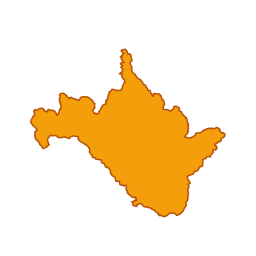 the district of Mongmit, Shan, Myanmar, rotated 287°
{"feature_id": "60261553B47927244306480", "entity_name": "Mongmit", "entity_type": "district", "adm_level": 2, "iso_a3": "MMR", "parent_name": "Myanmar", "parent_adm1": "Shan", "projection": "natural_earth1", "projection_center": [96.697, 23.526], "detail": "fine", "context": "isolated", "style": "filled", "palette": "amber", "viewbox_px": 256, "rotation_deg": 287, "n_neighbors": 0, "source": "geoboundaries", "source_scale": "gbopen_adm2", "svg_char_len": 5855}
<svg xmlns="http://www.w3.org/2000/svg" viewBox="0 0 256 256"><g transform="rotate(287 128 128)"><path d="M118.2,33.4L116.2,33.1L115.6,33.8L113.4,35.0L111.5,34.0L107.1,33.0L104.7,33.6L102.1,37.2L101.5,39.0L99.8,41.7L98.5,41.3L97.7,40.2L96.5,40.1L96.2,40.6L94.9,41.0L94.2,40.9L92.0,41.7L90.2,43.4L90.1,44.0L89.8,44.0L89.1,45.8L88.4,46.8L87.2,48.1L86.5,48.3L85.5,50.6L83.6,52.7L83.6,53.2L84.6,54.0L86.0,55.9L87.0,55.9L88.0,57.0L89.0,57.5L90.6,55.9L93.5,54.3L95.2,54.6L98.3,56.0L98.5,58.1L99.5,60.4L99.6,61.4L98.5,64.2L99.1,66.3L100.9,70.5L101.0,71.5L100.6,73.8L100.8,74.5L101.5,75.4L102.5,75.4L103.0,75.8L104.6,78.5L105.0,83.1L104.5,83.6L103.2,83.5L102.5,83.9L101.8,84.9L101.3,86.2L99.2,94.0L98.3,95.5L95.9,98.0L93.8,98.0L92.0,100.3L91.6,101.4L89.6,102.6L89.8,104.9L89.5,105.9L88.9,106.1L88.8,106.4L89.1,108.9L89.5,110.2L89.5,111.7L87.2,113.0L87.0,113.8L87.2,115.3L85.4,117.2L84.3,117.7L84.2,118.1L84.5,118.8L84.0,119.8L84.3,120.2L83.7,122.1L81.0,124.0L79.5,124.5L79.3,125.6L78.2,126.2L77.9,126.9L77.1,129.9L73.5,132.1L74.4,135.4L71.7,136.6L71.3,138.3L72.0,139.9L71.8,141.0L71.4,141.1L71.7,141.7L72.7,142.6L70.8,143.9L69.4,143.8L69.0,144.1L67.3,145.6L66.8,146.5L65.9,146.8L65.6,146.5L65.4,147.4L64.7,148.4L64.2,149.9L63.2,151.7L63.1,153.0L63.3,154.2L64.0,154.9L63.9,155.9L62.8,156.3L62.3,155.9L61.9,157.1L61.5,157.1L60.5,156.5L60.3,155.2L58.7,154.4L58.5,153.4L57.6,154.7L57.0,155.1L55.9,155.0L55.3,157.5L55.6,159.3L56.9,158.6L57.5,159.6L58.4,160.5L59.5,162.1L58.5,164.5L57.5,165.9L57.7,168.5L58.3,169.4L57.7,170.5L58.2,172.5L57.9,173.5L57.2,174.4L57.3,175.8L56.7,178.4L55.9,178.6L56.0,180.5L55.3,181.0L55.1,182.4L54.5,182.1L53.6,182.9L53.5,184.3L53.9,184.5L54.2,185.8L53.8,186.6L53.7,188.3L53.8,188.7L56.0,191.1L57.7,191.9L58.9,193.3L59.3,195.0L60.2,196.7L60.1,197.3L58.8,199.9L58.8,200.3L59.2,201.1L60.8,202.4L61.2,203.2L64.3,204.8L69.0,205.7L70.9,206.4L71.6,206.3L73.7,205.0L76.6,206.2L77.8,206.0L78.6,205.3L79.9,205.6L82.3,204.7L83.6,204.8L86.3,203.2L89.4,203.5L90.5,203.0L91.7,201.9L92.2,202.2L93.2,203.5L93.6,203.5L95.5,201.7L95.8,200.4L99.3,198.9L100.2,199.9L100.8,201.0L102.6,202.9L102.9,203.8L104.2,203.9L106.0,204.6L106.9,206.3L108.4,207.4L111.6,207.9L112.9,209.9L114.0,210.4L115.1,209.9L117.1,209.6L117.4,209.3L120.0,209.1L121.1,210.4L121.5,211.5L123.0,211.4L124.2,212.8L124.5,215.3L125.9,214.9L127.4,215.5L128.3,216.2L129.3,216.2L130.0,216.8L130.6,215.9L131.8,215.7L132.6,216.2L132.9,217.9L132.6,218.2L133.8,218.9L135.4,218.7L135.5,218.1L136.1,217.5L136.5,217.6L136.8,216.5L137.7,215.8L139.3,217.5L141.0,218.1L141.7,219.7L142.5,220.7L145.3,220.3L147.1,222.2L148.7,223.0L150.6,222.3L150.7,221.4L151.3,220.8L151.3,220.1L150.6,219.2L150.5,218.6L150.9,218.1L151.6,217.7L152.3,216.1L153.7,216.2L153.8,214.9L154.6,213.4L154.4,212.9L152.4,210.2L152.1,209.4L152.5,208.7L152.4,208.3L151.8,207.7L151.5,206.5L151.6,205.9L150.0,203.3L149.0,202.7L148.7,201.8L147.2,200.4L144.7,198.7L142.9,194.5L142.6,194.3L141.0,194.6L140.7,194.4L138.5,192.6L136.3,189.9L136.0,187.9L136.2,184.6L136.5,184.5L137.0,185.0L140.5,186.6L141.0,186.2L141.7,186.4L142.1,186.0L142.8,186.6L143.1,185.8L144.1,185.5L145.6,186.0L147.2,184.7L148.2,185.1L148.8,184.7L149.5,184.7L150.9,183.0L153.2,182.0L155.1,180.6L154.7,179.8L155.6,179.1L156.6,176.9L158.2,174.7L158.9,174.6L159.3,173.3L159.3,172.0L159.7,171.5L161.5,171.6L162.1,171.2L162.8,168.9L162.8,167.1L162.5,166.4L161.6,165.6L160.1,166.0L158.8,165.4L158.0,164.5L156.2,163.3L156.8,162.3L157.1,160.7L156.5,158.3L156.4,156.0L159.2,155.4L161.0,156.1L162.6,155.4L165.4,153.2L165.2,152.0L168.2,150.4L168.8,149.3L169.5,148.6L169.7,148.1L168.6,142.7L165.9,142.8L165.4,142.0L167.3,141.0L167.9,139.6L170.1,138.4L170.2,137.5L169.9,136.3L172.1,134.2L172.8,132.8L173.7,132.6L174.3,130.9L174.2,129.8L176.3,128.3L176.6,127.1L177.6,126.1L178.1,125.4L177.9,124.3L178.1,123.5L179.7,120.8L181.4,119.2L181.6,117.8L183.3,115.1L184.5,115.0L185.5,114.0L186.2,113.8L187.2,114.1L188.9,112.3L190.5,111.1L191.4,110.9L193.6,112.0L194.7,111.7L195.5,110.9L199.0,109.1L199.3,107.7L199.0,106.4L200.4,104.9L201.1,104.7L202.5,102.3L200.7,99.3L200.0,98.9L199.7,99.0L198.9,100.0L198.3,101.2L198.2,102.1L197.6,101.6L196.0,101.2L193.8,100.0L193.6,100.7L193.7,101.6L192.8,101.3L191.7,101.6L190.8,103.2L189.4,104.8L189.0,104.0L188.9,102.9L187.6,102.0L187.0,102.2L186.6,103.4L185.8,104.5L184.5,103.4L183.8,103.7L182.5,106.3L181.8,105.9L179.2,105.5L178.3,104.5L177.4,104.2L177.2,104.9L178.4,105.9L177.8,107.0L176.1,106.7L175.3,107.1L174.5,108.3L174.1,108.4L173.9,109.2L173.4,109.6L173.0,110.6L172.0,110.9L171.3,111.7L170.7,111.9L169.9,111.1L169.1,110.8L165.5,110.6L164.5,110.9L164.0,110.8L163.3,110.2L162.0,110.3L161.5,108.7L160.8,107.4L160.5,105.5L160.7,104.0L160.3,103.4L160.6,102.5L160.5,101.6L157.6,100.3L156.9,99.4L155.3,100.1L153.8,99.4L153.0,99.7L150.3,99.7L150.0,100.0L148.9,100.0L148.6,99.3L147.9,99.3L147.4,98.9L146.6,98.9L145.9,99.8L144.9,99.5L144.5,99.7L143.8,99.4L143.7,98.5L142.9,98.0L142.5,97.3L141.7,96.9L140.8,97.2L139.4,96.3L137.6,96.4L135.3,95.4L133.1,95.4L132.3,94.4L132.7,92.8L132.0,92.0L133.9,89.4L135.0,89.2L136.1,89.9L137.8,90.3L139.7,89.4L141.7,89.1L142.1,87.5L143.5,86.5L143.9,85.4L144.5,84.6L145.6,81.5L145.8,79.8L144.7,75.6L143.6,74.1L142.3,73.5L140.4,73.4L140.2,72.7L139.9,72.6L140.4,71.5L140.3,70.9L139.7,70.4L140.4,69.3L140.1,66.4L140.7,65.2L140.4,64.1L140.0,63.5L139.0,63.4L140.2,60.4L141.0,59.9L142.4,56.3L141.4,53.7L140.8,53.2L140.0,52.9L139.0,53.2L138.7,53.7L137.8,54.1L136.7,54.1L136.3,53.6L134.4,54.7L133.6,54.6L132.4,56.1L131.5,55.9L129.4,57.7L126.2,58.0L125.7,57.1L122.7,57.4L119.8,56.9L119.6,55.9L120.9,55.3L122.9,52.5L122.9,51.1L122.8,50.6L122.4,50.0L122.6,49.3L122.3,48.5L122.5,47.2L122.3,46.7L122.0,46.8L121.6,45.9L120.2,46.3L119.6,45.7L119.9,44.1L119.7,43.7L120.1,43.3L119.9,42.7L120.9,42.4L121.8,40.9L121.6,39.6L120.8,37.8L119.5,36.6L118.2,36.0L118.6,34.4L118.2,33.4Z" fill="#f59e0b" stroke="#b45309" stroke-width="1.5"/></g></svg>